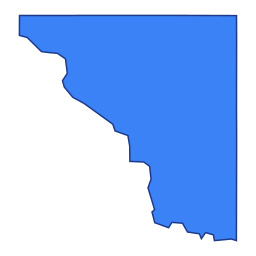 Cleveland, Oklahoma, United States of America
{"feature_id": "52423323B91358685939419", "entity_name": "Cleveland", "entity_type": "district", "adm_level": 2, "iso_a3": "USA", "parent_name": "United States of America", "parent_adm1": "Oklahoma", "projection": "mercator", "projection_center": [-97.393, 35.153], "detail": "fine", "context": "isolated", "style": "filled", "palette": "blue", "viewbox_px": 256, "rotation_deg": 0, "n_neighbors": 0, "source": "geoboundaries", "source_scale": "gbopen_adm2", "svg_char_len": 724}
<svg xmlns="http://www.w3.org/2000/svg" viewBox="0 0 256 256"><path d="M19.5,15.5L19.4,35.4L27.2,37.5L41.5,51.6L49.2,52.6L57.4,53.3L65.5,58.9L67.3,73.3L62.5,80.6L64.3,87.1L72.8,97.3L84.0,103.4L112.8,124.2L115.1,131.0L127.9,135.5L129.7,146.0L129.9,161.4L143.8,162.0L149.6,166.3L151.1,179.1L148.0,187.8L154.6,209.6L152.0,212.0L154.8,222.7L168.6,227.7L171.9,222.4L182.5,223.2L187.5,232.0L199.4,233.8L201.4,238.7L205.5,232.6L213.4,234.8L214.4,240.6L231.4,239.0L236.4,240.6L236.5,197.3L236.6,153.7L236.6,131.9L236.5,108.4L236.6,37.5L236.5,15.6L171.7,15.4L164.5,15.4L121.1,15.4L113.9,15.4L106.5,15.4L99.2,15.4L88.3,15.4L81.1,15.4L71.6,15.5L62.9,15.5L59.0,15.5L19.5,15.5Z" fill="#3b82f6" stroke="#1e3a8a" stroke-width="1.5"/></svg>